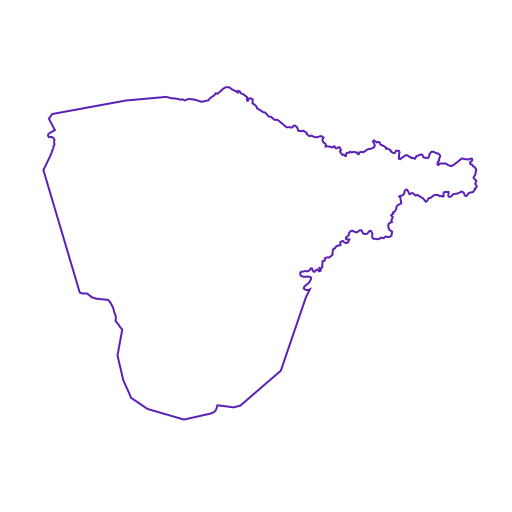 outline of San Lorenzo Texmelúcan, Oaxaca, Mexico, rotated 183°
{"feature_id": "50627088B55125244226498", "entity_name": "San Lorenzo Texmelúcan", "entity_type": "district", "adm_level": 2, "iso_a3": "MEX", "parent_name": "Mexico", "parent_adm1": "Oaxaca", "projection": "albers", "projection_center": [-97.233, 16.535], "detail": "fine", "context": "isolated", "style": "outline", "palette": "violet", "viewbox_px": 512, "rotation_deg": 183, "n_neighbors": 0, "source": "geoboundaries", "source_scale": "gbopen_adm2", "svg_char_len": 6043}
<svg xmlns="http://www.w3.org/2000/svg" viewBox="0 0 512 512"><g transform="rotate(183 256 256)"><path d="M45.4,358.9L46.7,358.9L47.1,360.6L46.6,361.5L45.5,362.1L45.0,363.2L45.4,364.4L46.4,364.6L49.2,363.4L55.8,364.1L58.3,361.7L61.3,359.1L63.1,357.6L64.5,356.7L64.8,356.4L65.8,355.9L66.7,356.3L67.9,356.5L69.2,357.0L70.2,357.7L71.4,358.3L77.6,357.9L78.1,356.9L78.7,356.4L79.5,356.9L79.5,358.0L79.3,359.5L78.1,361.1L78.3,362.3L77.7,364.1L77.3,364.9L77.3,365.8L79.1,367.7L79.6,368.0L80.4,367.8L84.3,369.4L86.3,369.2L88.0,366.9L88.9,363.1L90.6,362.9L93.8,363.2L95.2,365.7L96.4,366.0L98.1,365.5L99.1,364.9L101.1,364.0L102.2,361.5L102.6,361.4L103.0,361.6L103.3,362.0L104.5,362.1L105.6,361.8L106.3,362.4L107.1,363.0L108.4,363.2L109.8,364.5L111.9,364.4L114.5,362.3L115.4,362.0L117.1,360.2L118.4,360.7L118.4,365.5L118.1,366.5L118.3,367.7L118.9,368.5L121.6,368.5L122.6,366.4L123.7,366.0L124.7,366.2L126.9,367.5L126.8,368.3L128.4,369.3L130.8,370.3L131.8,370.0L131.8,371.0L132.6,371.3L133.3,372.0L134.9,372.8L137.1,373.6L137.8,374.1L138.5,376.0L139.7,376.3L140.3,376.0L141.6,375.8L142.5,376.6L143.2,376.9L144.4,377.6L145.2,376.6L143.2,372.9L143.6,370.9L147.1,368.9L148.0,368.9L149.1,368.8L150.4,368.1L153.4,365.9L154.6,365.2L155.2,365.3L155.8,365.6L158.3,364.8L158.7,363.1L159.3,363.0L160.3,364.0L160.8,364.8L161.4,364.6L164.0,365.1L165.2,364.7L165.7,364.4L167.5,365.1L167.9,365.0L168.6,364.0L169.3,363.8L170.7,363.8L171.3,362.6L171.4,361.1L171.6,360.5L172.1,360.5L173.9,361.9L175.0,361.5L176.9,363.5L177.6,364.7L176.6,366.2L177.1,367.0L177.7,367.6L177.8,368.4L178.3,369.0L179.4,368.9L180.6,367.9L181.6,367.6L182.2,367.9L183.5,369.7L185.7,368.3L187.0,368.9L191.3,369.4L192.2,369.0L192.2,369.8L192.0,370.4L192.6,371.7L195.0,373.4L195.6,374.6L195.7,375.9L194.8,377.9L197.1,379.2L201.6,377.8L203.5,377.7L207.0,379.1L209.0,378.5L211.8,380.5L211.8,381.6L215.3,383.6L216.2,383.0L219.3,383.3L220.1,383.1L221.1,385.2L221.8,386.8L224.0,388.3L225.1,388.1L225.9,387.0L227.0,386.1L229.9,386.4L232.0,386.1L233.9,387.3L235.8,388.9L241.5,393.0L244.8,393.0L248.0,395.7L250.5,395.9L254.4,399.8L256.1,399.9L262.7,403.6L263.4,405.5L265.7,407.2L267.5,408.2L267.4,410.4L267.6,412.3L269.7,413.3L271.3,412.9L272.0,410.8L272.7,410.5L273.2,411.4L273.3,414.2L277.3,416.9L280.1,417.9L280.7,419.5L282.5,419.9L282.7,418.4L283.0,418.2L284.0,419.2L288.5,421.0L291.6,423.1L294.8,423.0L297.1,421.6L302.9,416.0L304.5,416.5L306.1,414.3L310.4,411.0L311.7,408.9L314.3,408.3L318.2,407.1L324.8,408.8L329.0,409.2L332.1,409.2L335.2,407.6L337.8,408.6L339.8,408.1L341.4,408.6L344.4,409.0L348.5,409.1L354.0,410.2L393.9,404.5L467.0,387.1L470.0,382.2L463.4,371.2L468.9,367.7L469.9,366.6L469.9,365.0L469.0,363.8L467.7,364.0L466.5,364.3L464.6,363.3L463.3,361.6L463.6,359.7L463.5,358.4L463.1,356.9L463.9,355.1L463.9,353.8L464.2,352.4L464.8,351.2L465.2,349.8L465.5,348.4L466.7,345.1L472.8,330.7L430.1,210.3L428.4,209.7L427.2,209.5L422.7,209.7L421.3,208.8L420.2,207.8L418.9,207.3L418.2,206.3L412.6,204.8L410.9,205.1L409.5,204.8L405.4,204.6L403.3,204.6L401.5,204.4L399.5,202.6L397.5,199.5L396.5,197.8L395.5,195.5L394.9,193.4L392.9,188.4L392.7,187.3L392.7,184.6L392.9,183.8L390.1,180.9L388.7,178.9L387.6,177.3L386.5,176.5L385.7,175.6L389.1,149.4L382.0,124.9L375.0,111.4L373.6,108.0L356.4,97.6L319.4,88.9L292.7,96.4L290.3,97.6L289.8,98.0L288.5,99.3L287.7,100.8L286.7,104.9L270.2,103.7L263.7,105.9L225.2,142.8L204.0,217.3L200.5,225.5L201.4,225.0L203.1,224.6L204.3,224.8L205.0,224.9L206.7,226.1L206.4,227.3L205.9,228.4L204.3,229.6L203.1,230.9L201.7,232.0L200.9,233.7L199.9,235.7L199.8,237.0L200.5,237.8L201.9,238.1L204.1,238.1L205.6,237.8L207.8,237.8L210.2,238.7L210.8,239.8L210.9,241.8L209.6,242.7L208.2,242.9L205.6,243.6L204.1,243.3L203.0,243.6L201.7,244.8L200.4,246.7L199.4,246.5L198.6,244.4L197.7,243.4L197.0,243.2L195.3,245.0L193.8,245.8L192.3,244.0L190.8,244.5L190.8,245.3L191.3,245.9L191.9,247.3L190.2,247.0L189.4,248.2L189.1,248.8L189.4,249.9L189.2,252.0L189.3,254.2L187.4,254.8L187.0,255.4L187.2,257.0L186.1,257.8L184.8,258.4L183.7,258.2L181.9,259.0L179.5,261.5L179.8,263.4L179.5,265.5L179.0,267.3L177.7,267.6L176.2,270.1L172.2,271.3L172.6,272.7L172.6,273.4L172.5,274.2L171.4,275.0L170.1,275.6L168.5,274.2L166.4,273.6L165.1,274.1L163.7,277.4L166.8,277.4L167.2,278.2L167.1,279.3L166.1,280.0L165.2,280.9L164.4,282.1L164.4,283.4L163.7,284.7L162.9,285.6L161.5,286.4L160.3,285.8L158.9,285.5L157.4,284.8L156.0,285.2L154.2,286.9L152.1,287.2L150.9,285.3L149.9,283.9L148.7,283.7L147.5,283.7L146.2,284.1L145.5,284.7L144.8,285.9L143.7,287.1L142.5,287.0L141.3,285.2L140.9,283.3L141.0,281.0L140.3,279.9L139.4,279.3L137.5,279.4L136.0,279.1L134.1,279.5L133.1,280.0L132.3,280.9L130.7,280.6L129.4,280.6L128.5,281.5L127.2,282.3L125.8,281.9L124.5,281.8L123.1,282.4L121.8,283.4L121.5,285.8L121.5,287.6L122.5,288.1L123.5,288.7L124.4,289.5L125.3,291.6L125.5,293.4L125.3,294.7L124.5,295.9L122.0,297.0L122.7,298.3L121.5,302.0L123.1,303.6L122.2,304.9L121.2,305.3L121.4,306.8L120.1,307.3L119.2,308.7L118.4,310.4L118.3,312.4L117.4,313.8L115.8,315.0L114.3,315.8L113.6,316.6L114.2,318.4L115.0,322.3L116.0,322.8L115.6,323.5L113.6,323.9L112.1,324.8L111.4,325.9L110.8,329.0L109.7,330.2L108.6,330.1L106.8,327.5L106.0,325.8L104.7,326.3L103.5,327.1L102.2,326.6L101.2,325.9L100.3,324.9L99.7,324.7L98.9,325.2L97.9,325.4L92.8,322.6L91.7,321.8L89.3,319.1L88.3,319.7L87.8,320.4L87.2,321.4L86.7,322.7L84.7,323.2L82.3,325.3L81.3,326.0L79.9,326.5L78.3,326.5L76.8,326.2L75.6,325.3L74.6,325.7L73.5,325.5L72.9,325.1L72.0,325.3L71.7,326.0L72.1,328.0L72.0,328.8L71.7,329.4L71.0,329.8L69.0,329.8L68.0,330.1L66.9,329.9L67.2,326.8L67.1,326.1L66.5,325.3L65.7,325.1L64.7,325.4L63.7,326.2L62.9,327.5L61.7,328.2L58.2,328.9L57.0,329.4L55.3,330.3L54.6,331.0L53.8,331.1L52.6,330.5L51.7,329.8L50.8,327.8L50.2,327.1L49.6,326.9L48.8,327.1L46.9,329.8L45.4,330.6L43.7,330.9L42.5,331.3L41.7,332.8L40.7,333.7L41.0,334.5L40.4,335.4L39.4,336.2L39.2,337.3L39.9,338.1L40.7,339.4L40.7,340.1L39.9,342.6L42.6,345.1L42.8,346.0L41.1,349.1L41.2,350.4L40.8,351.8L40.6,353.6L41.2,355.0L42.8,356.5L44.0,357.1L45.4,358.9Z" fill="none" stroke="#5b21b6" stroke-width="2"/></g></svg>